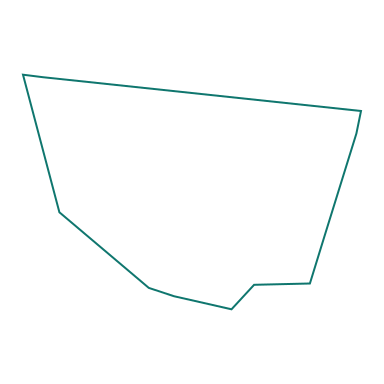 the district of Sullivan, Pennsylvania, United States of America
{"feature_id": "52423323B85598258379777", "entity_name": "Sullivan", "entity_type": "district", "adm_level": 2, "iso_a3": "USA", "parent_name": "United States of America", "parent_adm1": "Pennsylvania", "projection": "equal_earth", "projection_center": [-76.467, 41.433], "detail": "fine", "context": "isolated", "style": "outline", "palette": "teal", "viewbox_px": 384, "rotation_deg": 0, "n_neighbors": 0, "source": "geoboundaries", "source_scale": "gbopen_adm2", "svg_char_len": 266}
<svg xmlns="http://www.w3.org/2000/svg" viewBox="0 0 384 384"><path d="M361.0,111.0L42.9,77.2L23.0,74.7L59.4,212.3L148.8,287.9L173.9,296.2L231.5,309.3L254.1,284.8L309.9,283.5L325.2,233.9L356.4,133.5L361.0,111.0Z" fill="none" stroke="#0f766e" stroke-width="2"/></svg>